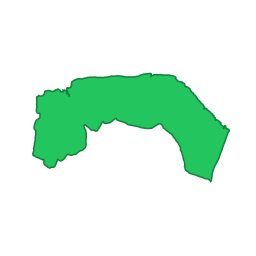 the district of West Tanna, Tafea, Vanuatu, rotated 110°
{"feature_id": "77236927B19394632379581", "entity_name": "West Tanna", "entity_type": "district", "adm_level": 2, "iso_a3": "VUT", "parent_name": "Vanuatu", "parent_adm1": "Tafea", "projection": "orthographic", "projection_center": [169.261, -19.471], "detail": "fine", "context": "isolated", "style": "filled", "palette": "green", "viewbox_px": 256, "rotation_deg": 110, "n_neighbors": 0, "source": "geoboundaries", "source_scale": "gbopen_adm2", "svg_char_len": 5727}
<svg xmlns="http://www.w3.org/2000/svg" viewBox="0 0 256 256"><g transform="rotate(110 128 128)"><path d="M148.5,58.1L148.5,56.8L149.4,55.2L149.4,53.5L149.0,47.6L149.2,46.1L149.1,44.9L149.2,43.6L149.0,41.5L149.3,38.0L148.9,36.9L148.6,35.4L148.6,34.8L149.0,33.9L149.1,33.0L150.0,32.0L149.0,31.6L142.4,33.2L137.5,33.6L135.5,33.6L125.6,32.2L119.3,32.4L117.2,32.2L113.7,32.4L97.7,32.4L96.1,31.8L95.7,32.3L95.0,32.5L94.8,32.8L94.7,33.6L95.0,35.3L94.9,35.8L94.5,36.1L93.5,36.3L93.1,36.6L92.7,37.0L92.7,37.6L93.0,37.8L93.4,37.7L93.7,38.0L94.8,37.8L95.3,37.8L95.6,38.1L95.3,38.3L94.6,38.3L94.3,38.5L93.9,39.1L93.6,39.7L93.5,40.8L93.2,41.7L92.9,42.0L92.4,42.0L92.2,42.6L92.0,42.8L91.8,42.8L91.5,42.6L91.4,42.6L91.4,43.2L90.7,43.9L90.6,44.6L90.2,45.6L89.9,47.2L90.0,47.6L90.5,48.1L90.7,48.5L90.4,48.8L89.5,48.9L88.8,49.4L88.4,49.8L88.5,50.4L87.8,51.3L86.9,51.6L86.8,51.8L86.8,52.1L87.0,52.4L86.9,52.8L86.5,53.0L85.9,53.7L85.7,55.0L85.2,55.7L85.0,56.3L84.7,56.6L84.8,57.3L84.1,58.1L84.0,59.8L83.8,60.2L83.5,60.5L82.8,60.7L82.8,60.9L83.2,61.1L83.2,62.3L83.7,62.6L83.9,63.2L83.6,63.2L83.2,63.0L82.1,63.1L82.1,63.6L81.9,63.9L80.9,64.9L80.7,65.5L80.2,65.9L79.7,67.6L78.9,68.6L78.9,69.2L78.5,69.4L78.4,69.8L78.1,70.1L77.9,70.8L77.6,71.1L77.3,72.5L76.6,72.9L76.4,73.5L76.2,73.7L75.8,73.9L75.7,74.3L75.3,74.6L75.2,75.1L74.7,75.4L74.5,76.0L74.2,76.3L74.3,77.4L73.2,78.2L73.2,78.8L72.8,79.0L72.9,79.6L72.4,80.1L72.4,80.8L71.6,81.3L71.5,81.8L71.4,82.0L69.9,83.4L69.3,85.7L69.2,87.1L69.5,87.5L69.1,88.2L69.2,88.7L69.1,89.0L68.9,89.2L68.5,89.3L68.1,89.6L67.3,89.7L67.1,89.9L66.8,91.9L66.4,92.5L66.4,93.0L66.8,93.0L66.8,93.3L66.6,94.4L66.6,95.0L66.9,95.9L66.7,96.4L66.8,97.1L66.7,97.9L66.0,98.6L65.6,99.4L65.4,100.1L65.1,100.2L64.3,100.2L64.1,100.3L63.8,101.1L63.8,101.7L63.6,102.6L63.6,104.1L64.0,105.3L64.1,107.1L64.2,107.6L66.1,112.6L66.2,113.8L66.6,114.8L66.8,116.1L67.6,117.7L68.1,118.2L67.9,118.4L67.9,118.8L68.1,119.7L68.6,120.5L69.0,121.9L69.7,122.4L70.8,123.4L71.6,123.9L70.1,124.3L69.2,124.6L69.1,124.8L69.1,125.2L69.5,125.3L69.3,125.9L69.3,126.2L69.7,127.1L69.9,127.3L70.3,128.3L70.6,128.6L70.9,129.6L71.4,130.2L71.9,131.6L72.3,132.1L72.7,132.5L74.3,134.5L76.2,136.5L76.5,137.6L77.4,138.8L78.9,142.2L79.4,143.5L79.7,145.0L79.9,145.4L80.4,145.7L80.5,146.7L80.8,147.4L81.1,149.6L81.3,149.9L81.6,150.1L81.3,150.4L81.3,150.8L82.3,154.8L82.9,156.4L84.1,158.9L84.9,161.4L86.6,163.6L87.6,165.5L87.8,166.6L88.5,167.5L89.0,168.4L90.3,172.4L91.0,173.9L91.3,176.1L91.7,177.2L92.4,178.6L92.7,179.5L92.9,179.7L92.9,180.4L94.5,183.5L95.5,184.7L96.4,186.4L97.2,187.2L97.7,188.1L98.8,191.7L99.6,192.8L100.4,193.5L100.9,194.3L103.2,196.2L103.9,196.5L105.3,196.5L105.4,196.3L106.1,196.2L106.5,195.8L106.8,195.7L107.0,195.9L107.2,196.0L107.6,195.8L108.1,195.4L108.6,195.4L108.8,195.8L109.4,195.9L110.1,196.6L110.4,197.0L111.0,197.5L110.7,197.8L110.7,198.0L110.8,198.4L111.3,198.9L111.8,198.8L112.4,198.9L112.8,198.6L113.6,198.5L114.8,196.8L115.3,196.8L116.0,197.3L116.4,197.3L116.5,197.2L116.5,196.9L116.3,196.0L116.7,194.8L116.9,194.6L117.3,194.4L118.1,194.2L118.8,194.2L117.4,194.7L117.0,195.0L116.9,195.3L116.9,195.7L116.7,196.4L116.9,197.5L116.7,197.7L116.3,197.7L115.8,197.5L115.5,197.3L115.1,197.4L114.6,198.0L114.3,198.5L114.0,200.3L114.7,201.7L114.6,201.8L114.6,202.0L115.2,201.7L114.7,201.2L115.0,201.1L115.6,201.0L116.0,201.1L116.2,201.5L116.4,202.1L116.8,202.5L116.6,203.1L116.7,203.7L116.3,204.0L116.3,204.4L116.0,204.5L115.7,205.1L115.6,205.5L115.8,205.8L115.4,206.2L115.3,207.0L115.5,207.5L117.0,208.3L117.1,209.1L117.6,209.1L118.1,209.3L118.2,209.5L118.0,209.8L118.5,210.1L119.2,210.8L119.5,211.2L119.5,212.3L119.9,213.1L120.0,213.4L119.9,213.8L119.5,214.3L119.6,214.8L119.9,215.4L120.4,216.0L121.5,218.3L121.8,218.5L122.7,218.7L124.7,218.3L125.7,218.8L126.5,218.8L126.9,219.1L128.0,221.2L128.1,222.0L127.9,222.5L128.0,222.9L128.3,223.2L129.4,223.3L129.8,223.8L130.0,224.4L132.0,223.8L132.9,223.2L134.4,222.8L135.1,222.2L136.8,222.2L137.8,221.5L139.2,220.9L143.0,220.2L144.0,219.4L144.9,218.3L144.5,215.7L147.8,214.5L149.3,214.3L149.6,215.1L151.9,216.7L153.1,217.0L156.8,217.0L158.4,216.7L159.9,216.4L160.6,216.0L161.2,215.5L162.0,213.7L163.1,213.5L164.4,212.7L169.1,211.9L170.2,211.3L177.8,209.9L180.1,209.6L181.0,208.8L184.6,208.7L186.1,207.9L186.3,206.3L186.7,204.7L186.7,201.8L186.9,200.1L187.1,197.4L186.3,196.6L187.2,195.8L190.0,195.0L191.2,193.4L191.7,191.5L192.4,189.7L192.4,187.7L191.0,186.4L190.5,184.7L189.3,183.8L187.0,183.4L181.5,183.4L182.1,179.9L179.6,177.8L178.5,177.3L175.7,176.7L173.2,175.7L173.3,174.8L173.3,172.3L171.1,169.2L170.6,168.2L168.8,167.0L166.2,165.6L165.1,163.9L163.8,162.8L160.9,161.4L157.5,161.7L155.7,162.8L152.9,163.7L150.6,164.1L147.5,165.4L144.7,167.0L143.1,168.8L141.6,170.1L140.0,169.7L139.6,169.4L141.6,163.5L141.8,163.1L142.2,162.8L142.4,162.3L142.4,161.2L141.8,159.9L141.8,157.9L142.1,157.3L141.3,156.1L140.1,155.7L139.5,155.7L138.3,155.3L135.9,154.8L132.3,154.4L131.0,153.9L130.5,153.5L130.7,153.0L131.6,152.2L131.4,150.7L131.2,150.2L131.0,149.9L130.5,148.8L129.6,147.6L129.4,147.2L129.0,146.6L126.4,144.9L124.4,143.8L123.0,142.3L123.8,141.7L124.2,140.9L124.2,136.0L124.0,134.9L124.0,132.1L124.8,129.4L124.0,123.5L123.2,119.4L123.2,115.7L121.7,109.1L119.9,105.4L117.6,103.8L113.5,100.3L113.1,99.5L113.1,97.8L114.2,96.4L114.6,95.6L115.9,94.8L116.0,93.7L117.2,91.1L117.6,89.9L117.8,88.4L118.5,87.0L118.6,86.0L119.3,83.9L119.7,83.8L120.3,82.6L121.0,82.3L121.1,81.8L121.5,81.0L121.9,80.5L122.3,79.6L123.4,78.6L124.3,77.1L124.4,76.5L125.2,75.4L127.7,73.0L128.3,72.1L130.6,71.3L131.4,70.5L131.9,69.7L133.6,68.4L134.9,67.6L135.6,66.7L137.4,65.9L138.3,65.4L139.2,64.6L139.9,63.8L140.7,63.3L142.9,62.1L144.5,61.9L145.5,61.1L147.6,59.8L148.5,58.1Z" fill="#22c55e" stroke="#15803d" stroke-width="1.5"/></g></svg>